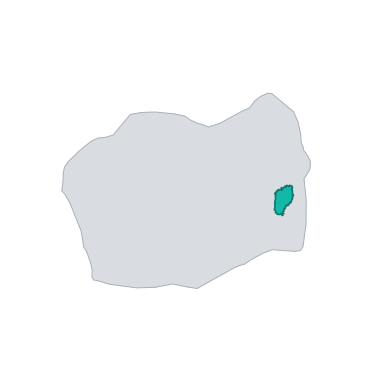 Makoabating, Mafeteng, Lesotho (highlighted), rotated 209°
{"feature_id": "5366337B10709831324049", "entity_name": "Makoabating", "entity_type": "district", "adm_level": 2, "iso_a3": "LSO", "parent_name": "Lesotho", "parent_adm1": "Mafeteng", "projection": "orthographic", "projection_center": [27.416, -29.927], "detail": "fine", "context": "in_parent", "style": "filled", "palette": "teal", "viewbox_px": 384, "rotation_deg": 209, "n_neighbors": 0, "source": "geoboundaries", "source_scale": "gbopen_adm2", "svg_char_len": 5660}
<svg xmlns="http://www.w3.org/2000/svg" viewBox="0 0 384 384"><g transform="rotate(209 192 192)"><path d="M245.3,251.8L235.9,254.7L234.5,254.9L228.5,254.2L220.4,254.8L214.0,256.4L209.1,256.9L201.0,265.5L186.3,288.6L182.4,293.4L181.2,302.5L177.8,309.7L173.6,315.3L169.6,316.7L157.5,314.4L142.0,311.4L132.9,304.4L124.9,295.2L120.7,288.5L116.2,284.8L114.7,282.8L108.4,279.7L106.0,278.1L103.9,276.9L101.3,272.5L99.8,268.6L100.4,257.9L95.9,251.4L88.3,240.5L83.4,231.5L76.7,219.3L72.6,208.8L68.4,197.9L68.9,193.3L72.9,190.1L84.8,184.6L94.0,180.3L100.5,172.6L107.7,161.0L111.2,154.1L114.7,150.9L118.5,146.0L125.2,135.1L132.7,123.1L140.7,110.1L150.8,106.4L164.5,102.1L177.8,90.9L193.6,81.5L219.2,71.3L231.1,68.8L235.6,67.3L238.4,69.3L241.4,75.3L245.7,80.3L255.6,89.0L259.8,91.2L270.0,104.1L281.0,113.0L293.5,123.3L302.1,128.4L306.5,129.9L310.0,138.9L313.6,145.6L315.6,151.9L315.1,157.9L310.8,172.7L304.8,187.7L300.0,193.9L294.2,197.8L288.6,203.7L286.3,215.8L283.5,230.1L276.2,235.9L270.5,239.7L262.6,244.3L245.3,251.8Z" fill="#d9dde1" stroke="#a8b0b8" stroke-width="1"/><path d="M109.6,245.1L109.6,244.8L109.8,244.7L109.5,244.3L109.5,244.2L110.1,244.0L110.2,243.7L110.3,243.7L110.6,243.9L110.9,244.0L111.8,243.9L112.1,243.9L112.6,243.3L112.7,243.1L112.7,242.9L112.3,243.1L112.2,243.0L112.1,242.9L112.0,242.7L112.1,242.4L112.8,242.7L113.1,242.7L113.4,242.5L113.1,242.1L112.5,241.5L112.5,241.4L112.9,241.0L113.0,241.0L113.4,241.1L113.7,241.0L113.9,240.9L114.0,240.7L114.1,240.0L114.1,239.9L114.0,239.6L114.0,239.4L114.4,239.4L114.5,239.4L114.7,239.1L115.0,239.0L115.4,239.1L115.7,239.3L115.9,239.3L115.9,239.1L116.0,238.8L115.9,238.7L115.7,238.4L115.5,238.2L115.4,238.0L115.3,237.8L114.8,237.7L114.7,237.7L114.6,237.8L114.4,237.8L114.2,237.6L114.1,237.1L114.3,236.9L114.8,237.2L115.2,237.2L115.5,237.0L115.8,237.1L116.0,237.0L116.1,236.8L116.1,236.7L116.3,236.5L116.6,236.5L116.8,236.4L116.9,236.0L117.1,235.7L117.3,235.6L117.5,235.6L117.7,235.8L117.8,235.6L117.8,235.3L117.5,235.0L117.5,234.7L117.6,234.3L117.9,234.1L118.0,234.1L118.3,234.2L118.5,234.0L118.4,233.4L118.5,233.0L118.5,232.7L118.4,232.6L118.0,232.5L117.9,232.4L117.9,231.5L118.0,231.4L118.8,231.5L118.9,231.4L118.9,230.8L118.6,230.7L118.1,230.4L117.9,230.4L117.9,230.1L117.6,230.2L117.6,229.8L117.6,229.7L117.3,229.5L117.2,229.5L116.8,229.0L116.5,228.8L116.4,228.7L116.5,228.5L116.6,228.3L116.7,228.0L116.5,227.9L116.4,227.9L116.4,227.7L116.2,227.5L116.0,227.3L116.0,227.2L115.7,226.8L115.7,226.6L115.5,226.4L115.6,226.2L115.0,224.9L115.1,224.7L114.9,224.5L114.9,224.4L115.1,224.0L115.0,223.9L114.9,223.8L114.8,223.4L114.7,223.3L114.4,223.2L114.2,222.9L114.1,222.7L113.9,222.7L113.9,222.4L113.8,222.1L113.9,221.8L113.6,221.7L113.4,221.4L113.4,221.0L113.3,220.7L113.1,220.7L112.9,220.2L112.7,219.9L112.6,219.6L112.4,219.2L112.2,219.0L112.1,218.9L111.9,218.7L112.0,218.3L111.8,217.9L111.8,217.7L111.7,217.3L111.8,217.2L111.7,216.9L111.4,216.5L111.3,216.3L111.2,216.3L110.8,216.3L110.5,216.4L110.3,216.4L109.9,216.3L109.8,216.1L109.6,215.6L109.4,215.3L109.2,214.7L109.0,214.8L108.8,214.8L108.5,215.0L108.4,215.0L108.4,214.8L108.3,214.7L108.0,214.1L107.3,214.0L107.2,214.0L106.9,214.0L106.2,213.8L105.9,214.0L105.6,214.4L105.4,214.4L105.2,214.6L104.9,214.7L104.8,214.8L104.6,214.8L104.2,214.9L104.1,215.0L103.9,215.3L103.8,215.8L103.7,215.9L103.8,216.0L103.7,216.1L103.6,216.4L103.3,216.3L103.2,216.2L102.9,216.2L102.7,216.0L102.5,215.9L102.4,215.8L102.5,215.7L102.4,215.6L102.1,215.4L101.9,215.1L101.7,215.2L101.5,215.3L101.4,215.4L101.4,215.5L101.2,215.8L101.3,215.9L101.4,216.1L101.4,216.3L101.5,216.4L101.7,216.5L101.7,216.9L101.9,216.9L101.8,217.1L102.0,217.0L102.0,217.3L102.0,217.5L101.9,217.6L101.9,217.8L102.2,217.9L102.3,217.9L102.3,218.0L102.5,218.1L102.6,218.3L102.8,218.4L102.7,218.5L102.6,218.9L102.5,219.2L102.4,219.5L102.5,219.5L102.4,219.9L102.5,220.0L102.6,220.3L102.9,220.3L102.8,220.6L103.0,220.9L103.0,221.1L102.9,221.1L102.7,221.4L102.7,221.5L102.9,221.8L102.7,221.9L102.7,222.0L102.8,222.1L103.0,222.1L102.9,222.3L102.9,222.5L103.0,222.6L102.9,222.8L102.7,222.8L102.8,223.1L102.7,223.2L102.5,223.5L102.6,223.8L102.7,224.0L102.9,224.2L103.0,224.5L103.5,224.9L103.5,225.0L103.3,225.1L103.1,225.1L102.9,225.1L102.9,225.4L102.8,225.9L102.8,226.0L102.5,226.1L102.2,226.4L101.8,226.4L101.8,226.5L101.5,226.8L101.3,227.2L101.3,227.3L101.3,227.5L101.5,227.5L101.2,227.7L101.1,227.8L101.2,228.0L101.3,228.0L101.3,228.3L101.6,228.3L101.5,228.5L101.6,228.8L101.4,228.9L101.2,229.3L101.0,229.6L100.7,229.7L100.7,229.9L100.9,230.0L100.6,230.4L100.8,230.4L101.1,230.4L101.1,230.7L101.3,230.9L101.3,231.0L101.2,231.0L100.8,231.1L100.7,231.3L100.7,231.6L100.5,231.8L100.4,232.1L100.6,232.4L100.8,232.7L101.1,233.1L101.0,233.4L101.3,233.3L101.2,233.4L101.0,233.6L101.0,233.8L101.0,234.2L100.8,234.3L100.8,234.6L100.9,234.8L100.9,235.1L101.0,235.3L101.2,235.2L101.3,235.2L101.4,235.4L101.3,235.5L101.1,235.7L101.1,235.8L101.4,236.0L101.5,236.4L101.8,236.6L101.6,237.0L101.8,237.2L101.9,237.5L102.0,237.6L102.0,237.3L102.3,237.5L102.2,237.7L102.0,237.9L101.9,237.8L101.7,238.1L101.9,238.3L102.1,238.6L102.1,238.8L102.3,238.9L102.9,238.9L103.2,239.0L103.1,239.3L103.5,239.5L103.8,240.4L103.9,240.5L104.0,240.8L104.0,240.7L104.3,240.8L104.5,240.9L104.6,241.3L104.5,241.6L104.8,241.8L105.0,241.8L105.2,242.0L105.6,242.2L105.7,242.4L105.7,242.6L105.5,242.9L105.6,243.0L105.8,242.9L106.0,242.8L106.0,243.2L106.0,243.6L106.1,243.8L106.3,244.0L106.1,244.4L106.2,244.5L106.6,244.6L106.5,244.8L106.8,245.1L107.0,245.4L107.2,245.5L107.5,245.7L108.1,245.6L108.3,245.5L108.5,245.3L108.6,245.2L108.8,245.4L109.0,245.4L109.3,244.9L109.4,245.0L109.6,245.1Z" fill="#14b8a6" stroke="#0f766e" stroke-width="1.5"/></g></svg>